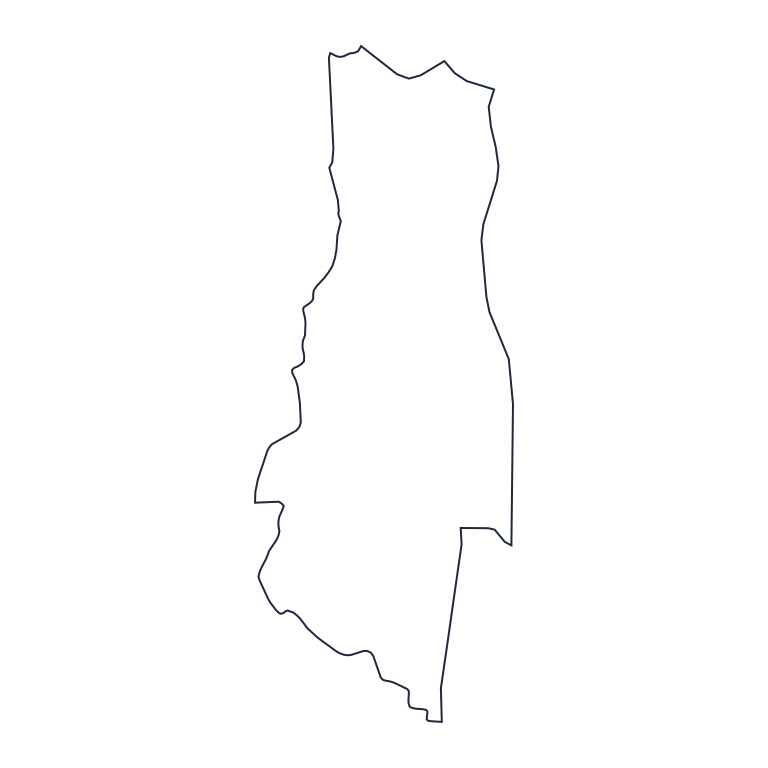 Lubombo, Equal Earth projection
{"feature_id": "SWZ-535", "entity_name": "Lubombo", "entity_type": "District", "adm_level": 1, "iso_a3": "SWZ", "parent_name": "eSwatini", "parent_adm1": "", "projection": "equal_earth", "projection_center": [31.73, -26.547], "detail": "fine", "context": "isolated", "style": "outline", "palette": "slate", "viewbox_px": 768, "rotation_deg": 0, "n_neighbors": 0, "source": "natural_earth", "source_scale": "10m", "svg_char_len": 1931}
<svg xmlns="http://www.w3.org/2000/svg" viewBox="0 0 768 768"><path d="M444.3,61.1L455.0,73.4L466.8,81.1L494.1,89.5L488.7,106.8L490.9,126.6L495.7,147.0L498.5,166.0L497.0,180.7L483.4,224.1L481.4,240.1L486.4,296.8L489.5,312.2L508.8,359.1L513.0,404.1L511.4,545.4L504.8,541.9L494.7,529.7L488.2,528.2L460.7,528.0L461.6,544.5L454.6,592.9L448.2,637.9L440.9,688.2L441.8,721.9L441.6,721.9L429.8,721.1L428.0,720.6L426.7,719.5L426.9,716.4L427.4,713.5L427.2,711.2L426.2,709.9L422.9,709.2L415.7,708.7L412.4,708.0L409.7,706.8L408.7,703.8L408.4,701.4L408.9,691.9L408.3,690.2L406.9,688.9L394.0,682.7L390.0,681.4L386.2,680.8L383.0,679.9L380.8,677.7L373.3,656.0L370.8,652.6L366.9,650.9L363.5,651.0L351.5,654.8L347.6,655.3L343.6,654.7L339.8,653.3L336.1,651.2L317.7,637.7L307.6,628.5L300.4,618.9L296.5,615.0L293.2,612.5L290.6,611.7L287.7,610.5L285.6,611.3L283.3,613.1L280.9,613.8L278.6,612.7L275.7,609.7L270.4,602.7L268.1,598.8L259.6,580.4L258.5,576.5L259.7,571.7L261.2,568.2L266.4,558.2L269.1,550.9L276.4,540.1L278.4,535.8L279.4,531.5L278.4,525.1L278.5,520.9L279.2,517.0L282.5,509.5L283.7,505.9L281.6,503.5L278.7,501.7L255.0,502.7L255.4,491.7L258.0,478.9L267.5,450.5L269.0,447.8L270.6,445.6L272.3,444.0L296.2,430.6L299.1,427.4L300.8,422.7L299.9,402.9L297.6,386.2L295.9,380.5L292.4,373.2L292.0,370.2L294.0,368.0L297.8,366.4L301.3,364.1L303.9,361.5L304.2,357.0L303.9,354.1L302.6,348.2L302.5,345.0L302.9,340.8L305.0,335.4L305.5,322.5L305.0,318.0L303.3,311.0L303.2,308.7L304.0,307.1L309.4,303.4L311.8,301.2L313.2,298.7L313.2,294.1L313.9,290.2L316.7,286.1L324.5,277.7L328.5,272.4L332.4,266.1L335.0,257.8L336.5,249.2L337.4,235.4L340.8,221.2L339.0,216.5L338.3,213.7L338.8,210.3L337.8,199.8L329.3,167.7L332.3,162.3L333.4,148.8L328.9,57.9L330.2,53.1L336.6,56.2L339.1,56.8L341.6,56.8L344.1,56.1L348.7,53.9L350.9,53.2L353.3,53.1L356.1,52.2L358.2,51.1L361.1,46.1L397.1,74.3L408.9,78.6L420.7,75.3L444.3,61.1Z" fill="none" stroke="#1e293b" stroke-width="2"/></svg>